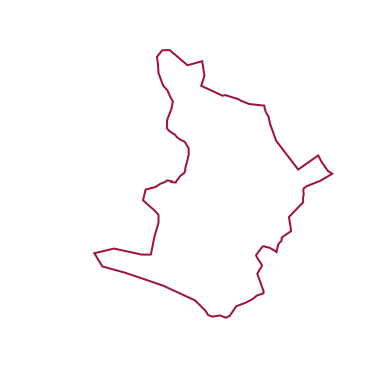 Nguru, Yobe, Nigeria, rotated 226°
{"feature_id": "59680162B38485988708032", "entity_name": "Nguru", "entity_type": "district", "adm_level": 2, "iso_a3": "NGA", "parent_name": "Nigeria", "parent_adm1": "Yobe", "projection": "albers", "projection_center": [10.371, 12.983], "detail": "fine", "context": "isolated", "style": "outline", "palette": "rose", "viewbox_px": 384, "rotation_deg": 226, "n_neighbors": 0, "source": "geoboundaries", "source_scale": "gbopen_adm2", "svg_char_len": 1843}
<svg xmlns="http://www.w3.org/2000/svg" viewBox="0 0 384 384"><g transform="rotate(226 192 192)"><path d="M70.9,174.5L71.0,174.5L71.3,174.7L71.7,174.9L72.5,175.3L73.7,175.8L74.6,176.2L75.9,176.8L85.2,181.0L87.8,182.1L89.2,186.9L90.0,190.4L91.1,191.6L100.2,193.4L101.7,194.0L102.1,194.4L102.4,196.4L103.8,204.7L103.0,206.1L100.3,207.4L99.0,208.6L96.9,209.4L92.6,210.7L90.2,211.0L94.4,217.8L94.8,220.1L94.6,221.8L95.4,223.3L96.9,224.9L95.3,234.6L95.1,235.4L95.1,235.6L95.3,235.6L95.3,235.8L95.4,236.0L95.4,236.3L95.7,236.7L106.7,244.4L107.4,264.8L110.4,267.6L112.9,270.9L115.6,273.0L117.0,274.6L116.5,278.5L111.0,291.9L107.7,305.5L112.8,304.4L123.8,306.1L130.6,308.2L134.4,284.0L170.4,288.1L181.7,293.2L186.4,295.3L189.3,297.1L190.7,297.8L192.8,299.3L196.2,300.1L198.7,300.8L200.9,302.1L202.0,302.5L203.3,303.7L203.9,304.0L215.0,294.7L216.7,293.7L223.9,290.5L226.3,290.0L238.5,283.3L240.1,280.8L262.0,272.4L267.0,281.7L279.0,290.2L286.3,276.8L309.6,274.5L314.6,269.1L313.6,260.6L308.3,256.9L300.8,250.5L288.7,245.2L282.2,244.9L275.9,242.6L270.4,241.1L266.3,235.3L261.0,224.0L255.5,218.4L252.7,217.9L250.0,218.4L247.4,218.9L245.0,219.6L241.7,219.2L239.7,219.6L237.3,220.0L235.2,220.9L233.1,221.7L230.9,221.1L228.2,220.5L225.9,220.0L223.7,217.9L221.5,216.0L217.4,209.8L213.7,203.5L212.5,202.5L211.1,199.8L211.7,194.6L211.0,191.0L210.9,189.0L210.1,186.9L213.5,184.0L214.0,184.8L217.6,182.2L217.9,179.6L219.9,175.1L221.0,169.2L226.0,160.3L220.0,151.0L204.1,152.2L198.8,152.0L193.1,146.5L185.8,133.7L175.6,119.0L175.6,118.9L181.7,112.5L205.5,96.6L215.8,79.2L200.7,75.8L180.2,87.9L144.6,106.2L111.9,118.9L96.9,119.2L92.4,118.1L88.2,120.1L83.6,126.5L78.1,129.0L76.7,133.1L79.1,144.4L75.4,153.0L74.0,157.2L72.8,161.5L72.5,166.7L69.4,173.0L69.9,173.5L70.2,173.7L70.4,174.0L70.7,174.4L70.9,174.5Z" fill="none" stroke="#9f1239" stroke-width="2"/></g></svg>